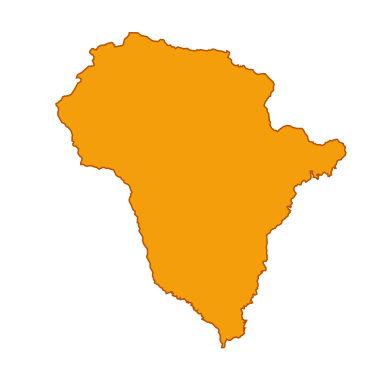 Abejorral, Antioquia, Colombia, rotated 98°
{"feature_id": "7082276B70847845969134", "entity_name": "Abejorral", "entity_type": "district", "adm_level": 2, "iso_a3": "COL", "parent_name": "Colombia", "parent_adm1": "Antioquia", "projection": "mercator", "projection_center": [-75.413, 5.805], "detail": "fine", "context": "isolated", "style": "filled", "palette": "amber", "viewbox_px": 384, "rotation_deg": 98, "n_neighbors": 0, "source": "geoboundaries", "source_scale": "gbopen_adm2", "svg_char_len": 5939}
<svg xmlns="http://www.w3.org/2000/svg" viewBox="0 0 384 384"><g transform="rotate(98 192 192)"><path d="M43.0,276.3L44.5,276.2L47.3,277.4L50.0,280.0L55.3,280.6L56.7,281.5L58.7,287.4L58.9,288.9L58.5,289.3L57.3,289.0L56.4,290.7L55.3,291.5L55.2,292.5L56.9,296.8L58.6,298.6L59.3,302.4L61.3,305.1L64.2,306.4L64.6,307.6L63.7,310.3L64.2,311.2L67.0,312.8L68.1,312.7L69.8,310.7L70.2,309.1L71.5,308.0L74.0,307.6L75.6,309.0L79.0,306.8L80.0,306.7L81.1,307.9L81.8,311.6L89.3,318.1L91.4,321.2L93.3,322.1L95.1,322.3L94.4,320.5L94.9,318.6L96.0,317.5L97.9,317.4L100.1,320.1L107.3,322.8L112.3,325.3L113.9,327.9L115.0,331.9L115.7,333.2L119.4,334.4L120.6,336.0L122.3,337.1L123.3,338.9L124.8,338.7L126.2,336.9L128.7,335.5L131.5,335.9L134.6,335.4L141.3,330.5L142.1,327.5L144.3,326.0L145.8,323.0L148.1,320.4L152.6,318.2L154.5,318.4L156.6,317.9L157.4,318.2L158.1,317.8L158.7,316.1L159.9,316.1L161.0,316.7L162.1,316.4L162.8,315.3L162.8,313.4L165.1,310.4L169.6,310.3L172.1,308.1L172.8,306.6L173.8,305.7L175.3,305.3L178.4,306.2L180.3,305.9L179.9,302.9L181.0,301.0L181.2,299.8L180.3,297.7L180.1,294.7L180.8,292.0L180.8,289.8L182.3,287.3L180.3,284.2L179.9,282.7L180.5,280.1L180.1,277.8L180.8,275.6L180.9,272.8L186.2,269.2L187.3,266.4L187.5,264.6L189.2,263.6L190.4,261.2L192.2,260.4L193.7,255.9L194.9,254.6L197.3,253.6L200.7,251.5L202.8,252.5L204.2,251.9L205.7,252.7L208.1,253.1L210.2,252.7L213.8,250.0L217.5,248.2L219.3,245.5L222.1,245.5L224.6,242.3L230.0,241.9L230.4,240.3L232.5,240.5L235.8,238.3L237.8,239.1L243.1,234.6L246.7,234.2L250.5,232.4L254.6,228.3L258.7,227.4L262.6,227.8L268.9,223.3L272.4,223.0L276.9,219.5L280.4,219.5L281.8,218.5L284.2,217.8L285.3,216.4L287.2,216.5L288.7,212.5L291.1,209.8L291.2,208.0L292.8,207.5L293.6,205.0L294.4,203.9L296.2,203.4L293.9,198.8L293.7,197.5L294.8,197.1L294.5,198.2L295.4,197.5L295.4,196.5L297.2,196.9L297.8,194.1L297.0,192.8L299.4,192.0L299.8,191.5L299.8,190.0L298.6,189.1L300.2,188.5L299.3,186.5L299.4,185.6L298.8,184.9L300.7,182.6L301.9,181.9L301.1,181.0L301.2,180.5L302.2,180.6L302.5,180.2L301.7,178.9L302.3,176.7L303.0,176.4L303.7,177.1L304.4,177.2L304.6,175.4L306.2,174.8L306.5,173.8L307.6,174.3L308.5,173.4L308.5,172.4L309.4,171.5L308.6,170.2L309.7,170.6L310.3,170.2L311.7,168.3L311.1,166.3L312.8,165.5L312.9,164.9L313.9,165.0L314.8,163.0L315.4,163.1L316.2,164.5L316.7,164.4L317.3,161.5L318.6,159.1L318.6,156.9L319.2,155.8L319.1,153.8L321.8,150.7L322.3,149.5L323.1,149.1L323.3,147.6L324.3,146.5L325.3,146.0L327.2,146.2L329.2,144.5L331.6,143.7L333.7,143.8L335.3,143.2L336.9,142.2L337.9,140.7L342.0,140.9L341.4,138.6L340.4,138.0L337.4,138.4L333.0,137.2L333.6,135.4L333.6,133.4L330.3,130.4L329.6,127.8L330.1,125.8L328.7,123.9L327.2,123.2L326.8,122.0L326.0,121.7L324.8,120.3L321.8,121.7L321.8,121.0L320.6,120.9L320.1,121.5L319.3,120.6L319.3,121.8L318.5,122.2L314.1,121.0L314.5,122.1L314.2,122.8L313.5,122.3L313.1,120.6L311.6,120.0L311.7,122.7L310.9,123.6L311.0,124.4L307.1,125.5L304.9,125.0L301.8,126.9L300.6,127.0L300.0,125.8L300.5,124.8L300.2,124.0L297.7,124.6L297.8,122.8L296.7,121.8L295.4,121.6L295.4,120.6L293.9,119.3L293.9,117.9L293.2,116.6L291.7,117.7L291.4,119.0L288.1,117.8L287.4,116.8L285.5,117.6L284.7,116.9L285.3,115.5L284.3,113.7L282.5,114.0L280.6,115.1L280.0,115.1L278.5,113.6L277.6,114.1L276.8,113.6L274.2,113.7L271.6,115.1L268.0,114.3L266.2,115.0L262.3,111.4L261.3,111.2L261.5,112.2L261.0,112.3L259.8,109.7L259.6,108.3L258.2,107.9L256.7,108.3L253.2,111.3L251.7,112.0L250.9,111.7L250.1,108.9L248.4,108.1L246.5,108.7L244.6,108.7L242.9,109.5L238.6,109.9L236.6,110.9L231.8,110.5L224.6,112.1L223.3,111.4L221.5,109.1L218.6,108.5L216.1,104.5L213.3,103.0L212.5,101.1L211.2,99.5L210.2,98.9L207.8,98.9L205.2,96.0L203.7,95.2L202.8,93.8L200.3,93.5L198.6,92.1L198.0,92.7L196.8,91.8L195.9,93.0L195.8,94.2L194.8,94.4L193.8,95.6L193.1,95.7L192.6,94.5L193.7,92.6L192.9,91.8L191.7,92.7L190.2,91.6L188.8,91.2L187.1,92.8L185.6,92.8L184.6,92.3L183.4,90.6L179.4,88.7L178.7,88.8L177.7,90.2L175.0,91.8L171.6,90.7L171.3,90.4L171.5,89.6L169.5,88.1L169.9,86.6L169.6,85.1L166.7,84.6L164.8,82.8L164.9,82.1L166.3,80.9L166.3,80.4L162.4,76.4L160.6,76.1L156.9,77.3L156.0,77.2L155.1,78.0L154.6,77.4L154.6,75.6L157.1,75.6L158.5,74.1L160.4,74.1L160.6,71.1L161.9,69.4L161.3,68.7L159.7,69.1L158.1,68.6L158.0,70.4L157.3,70.7L156.5,69.5L157.1,68.6L157.4,66.1L154.6,64.6L154.1,63.9L154.2,62.8L155.3,61.5L155.3,60.1L157.5,59.4L157.6,58.0L156.1,57.4L155.7,56.2L153.8,56.6L153.1,57.3L151.8,56.5L148.6,56.2L147.9,55.0L148.6,54.1L148.5,52.9L146.5,54.1L144.2,53.0L141.9,52.7L140.1,51.5L139.4,50.0L139.4,48.9L137.7,48.2L134.4,45.4L131.5,45.1L129.7,46.6L125.9,46.5L124.4,48.6L123.0,49.0L122.2,52.8L119.6,55.6L120.8,59.0L122.0,60.5L121.9,62.9L123.0,63.4L124.6,66.6L126.8,67.7L127.9,70.1L127.2,71.9L127.8,73.6L127.6,75.7L126.9,76.9L127.2,78.0L127.0,78.6L125.9,78.8L125.7,79.9L126.1,81.3L125.5,83.1L124.0,84.3L120.9,85.3L118.0,88.4L115.3,90.1L113.8,91.8L114.5,97.3L113.9,101.9L113.0,103.6L112.8,106.5L114.5,110.4L118.1,114.2L120.1,115.5L120.2,116.2L119.4,117.2L119.5,119.3L117.4,122.3L115.0,124.0L111.8,124.1L110.6,125.4L103.9,126.9L102.3,128.5L99.1,129.3L97.1,132.3L96.0,132.6L92.4,131.9L90.7,130.7L89.6,130.8L88.8,129.9L86.7,128.9L86.3,127.6L82.6,127.6L80.0,125.4L76.2,126.0L74.4,125.5L72.9,126.3L71.4,127.5L68.8,131.3L64.8,135.9L65.1,138.9L66.5,143.3L65.0,146.8L62.5,148.9L62.7,153.4L61.8,156.3L59.6,158.3L59.7,159.1L60.9,159.8L60.5,161.3L61.5,161.7L61.7,162.3L61.4,163.0L59.8,164.1L60.9,166.1L60.4,168.0L58.8,170.6L56.2,171.2L55.1,172.1L53.5,175.5L49.9,174.0L48.6,174.5L47.8,175.6L47.4,177.2L49.0,177.1L49.3,178.0L48.4,181.9L48.5,185.5L47.5,191.1L49.3,193.8L49.0,195.2L49.8,196.3L50.1,197.8L49.9,203.1L50.7,204.8L50.3,206.6L51.6,207.7L52.0,209.0L51.7,214.6L50.4,216.5L51.3,220.0L50.4,226.4L52.2,228.2L52.0,228.9L51.0,229.6L51.1,232.2L49.5,233.9L50.4,236.3L47.3,240.0L45.7,240.8L45.2,241.5L45.4,244.5L47.0,245.8L47.7,246.9L47.9,251.5L47.1,254.1L44.4,258.4L44.2,263.6L42.0,267.9L43.0,276.3Z" fill="#f59e0b" stroke="#b45309" stroke-width="1.5"/></g></svg>